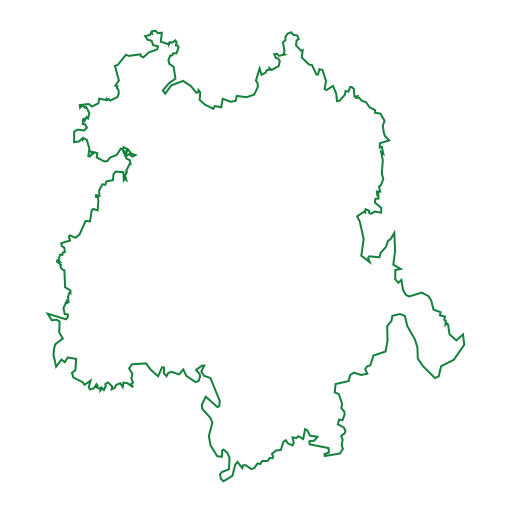 Jessore, Khulna, Bangladesh
{"feature_id": "16705992B28022870637862", "entity_name": "Jessore", "entity_type": "district", "adm_level": 2, "iso_a3": "BGD", "parent_name": "Bangladesh", "parent_adm1": "Khulna", "projection": "equal_earth", "projection_center": [89.196, 23.085], "detail": "fine", "context": "isolated", "style": "outline", "palette": "green", "viewbox_px": 512, "rotation_deg": 0, "n_neighbors": 0, "source": "geoboundaries", "source_scale": "gbopen_adm2", "svg_char_len": 5882}
<svg xmlns="http://www.w3.org/2000/svg" viewBox="0 0 512 512"><path d="M287.4,33.8L285.5,36.9L285.4,40.2L282.9,42.4L284.5,51.0L283.5,53.8L284.9,54.5L279.1,55.9L277.0,53.8L274.2,54.2L275.9,58.0L278.1,58.4L279.8,61.2L278.6,66.2L271.5,70.0L269.3,68.1L269.4,69.7L266.7,70.2L265.4,72.8L261.5,74.8L259.6,68.5L255.9,80.7L257.5,82.8L257.9,86.8L254.1,94.7L246.4,97.2L236.8,95.9L235.7,100.8L230.8,101.8L222.7,98.8L221.2,107.3L214.9,106.0L213.4,108.8L205.2,104.8L199.6,99.9L200.3,92.4L198.5,90.0L198.2,92.2L196.4,92.8L190.8,86.0L183.0,80.9L171.4,85.3L165.2,93.7L162.9,90.5L169.1,83.1L175.4,78.7L173.7,66.9L169.3,63.8L168.4,60.3L170.2,55.6L172.2,55.4L173.1,53.3L176.5,53.3L178.6,47.4L177.7,45.5L175.9,45.4L176.6,42.3L175.4,40.4L172.4,42.7L170.2,42.1L169.0,44.4L168.9,43.0L167.6,44.0L160.8,41.7L161.8,32.7L157.7,33.2L155.6,30.7L151.7,31.4L152.0,33.5L151.0,32.8L150.0,34.9L145.1,36.1L147.6,39.8L151.5,40.7L153.3,45.2L157.9,46.3L157.1,49.5L148.9,52.3L143.3,57.4L140.7,56.0L140.5,54.3L129.0,55.9L125.9,54.8L117.7,65.0L114.9,65.9L118.9,80.5L115.3,85.6L117.5,86.3L116.9,87.9L118.5,90.1L118.8,93.5L117.5,97.0L110.3,100.6L108.7,99.0L106.9,100.1L106.5,98.8L105.5,99.9L99.2,98.6L98.4,103.3L92.0,106.5L88.8,104.0L79.7,105.1L80.1,107.7L81.8,105.7L85.2,107.4L84.4,108.3L86.2,107.0L89.4,113.1L88.0,118.4L86.6,117.1L84.7,120.6L84.1,118.9L83.0,119.4L82.7,124.1L85.1,124.4L87.0,127.7L84.0,130.5L77.7,129.6L74.2,131.5L74.1,142.2L78.9,141.5L82.5,138.3L82.7,139.7L83.7,138.3L86.8,139.9L89.4,148.6L88.3,156.1L89.9,156.6L91.9,153.8L92.0,152.3L89.4,151.0L93.1,152.2L92.9,153.8L95.0,152.3L97.3,153.2L96.7,157.4L104.2,161.4L107.2,161.2L110.2,157.5L116.8,154.9L120.7,148.7L122.2,148.8L124.9,155.0L125.5,154.1L122.8,149.1L123.5,147.2L126.8,148.8L125.9,154.2L127.9,149.3L131.2,153.5L135.4,155.1L132.3,156.6L128.9,154.1L125.9,156.5L126.3,158.5L129.8,160.2L130.6,164.2L129.4,164.3L126.1,171.1L127.0,172.1L125.1,175.2L126.3,179.8L125.1,178.8L123.8,180.4L123.4,172.2L115.6,171.6L113.5,174.3L112.9,180.2L106.5,181.3L105.3,184.8L102.3,184.3L99.1,190.6L99.4,196.0L95.8,195.0L97.2,195.6L96.0,195.3L95.8,196.8L97.8,197.4L98.4,200.4L97.6,210.4L93.2,208.9L91.7,210.4L90.0,221.4L85.6,220.9L79.5,234.6L75.5,237.7L69.8,235.4L68.8,237.0L70.1,240.5L61.3,243.2L61.7,246.1L64.2,247.5L64.9,252.0L62.6,252.7L62.4,254.9L60.0,254.8L58.5,260.0L59.6,261.3L57.2,260.5L57.0,261.7L60.9,264.8L60.3,266.2L61.9,269.2L64.4,270.4L65.1,287.3L70.4,290.4L70.5,293.4L69.3,293.0L68.0,297.0L68.5,302.1L66.9,303.0L66.4,301.5L63.5,308.1L64.7,314.0L67.9,314.6L67.8,317.0L66.0,319.3L47.7,313.7L51.8,320.3L56.7,319.7L59.6,321.6L59.2,332.4L62.8,338.5L55.5,344.1L54.1,348.1L53.5,354.9L56.1,366.7L61.5,359.6L64.8,362.2L67.7,357.5L76.1,358.9L75.4,370.2L71.9,372.9L73.5,377.6L82.9,382.3L84.5,384.8L90.6,380.6L88.7,387.0L90.0,389.5L93.9,388.3L96.4,384.2L97.7,385.9L96.5,387.2L99.4,388.7L100.6,387.8L100.4,390.4L102.2,388.2L103.9,390.0L105.8,385.9L105.2,384.2L107.9,382.4L112.2,386.5L111.7,389.3L114.8,387.7L116.2,384.9L120.3,383.2L122.7,387.1L123.5,382.6L127.4,383.2L133.1,387.2L130.9,384.1L133.0,382.6L131.3,378.3L132.4,374.1L129.1,368.3L131.9,364.3L146.1,363.4L150.6,369.6L158.1,376.3L162.1,367.2L164.1,367.6L163.8,373.1L166.5,376.2L168.1,373.2L171.0,371.8L179.2,374.3L183.3,369.5L186.3,375.9L195.6,382.1L198.6,380.9L200.1,376.8L199.7,374.1L196.1,369.9L202.1,365.5L204.2,365.5L201.3,371.5L204.1,375.9L210.4,378.0L219.8,401.0L219.2,406.3L217.5,407.1L205.7,396.7L201.8,404.8L202.3,408.8L210.3,417.8L212.4,422.5L208.9,436.0L210.4,445.1L217.2,456.2L221.9,456.8L222.2,450.4L223.4,449.6L227.2,452.7L229.5,457.6L229.0,469.2L221.8,472.1L220.0,474.4L220.9,478.8L223.5,481.3L232.4,475.8L235.3,464.5L237.5,461.9L242.2,468.1L243.2,465.3L245.7,465.2L251.4,469.1L254.2,468.1L257.6,463.4L260.3,464.0L262.2,461.0L267.7,460.9L269.8,457.9L272.6,458.2L273.2,456.6L272.0,453.9L275.8,450.6L280.9,449.9L283.4,441.9L285.8,440.2L287.7,443.2L292.5,445.5L293.7,443.0L292.6,437.4L296.3,438.1L298.2,436.2L303.2,439.0L305.1,429.2L307.3,430.3L309.9,435.6L317.4,436.8L314.4,440.6L309.4,441.3L309.6,444.3L328.6,448.1L328.8,452.6L324.5,454.0L324.8,456.0L339.9,453.5L342.9,449.0L341.7,445.4L342.6,439.7L341.2,436.0L344.8,433.1L345.4,430.5L343.6,427.3L337.9,424.4L339.1,419.6L342.5,420.1L344.6,414.8L344.3,411.6L341.4,408.2L342.1,403.9L338.9,394.2L334.7,392.3L335.6,384.0L348.7,381.1L350.1,375.1L354.0,372.6L361.1,375.0L367.3,373.7L365.2,369.4L367.0,366.4L370.3,365.3L373.5,355.5L385.6,351.5L387.5,340.6L387.2,326.1L391.4,320.9L392.4,315.8L400.1,314.0L404.8,315.9L407.3,326.1L414.9,339.4L417.4,347.2L417.8,358.7L423.3,366.5L435.0,378.1L438.8,376.2L441.1,366.2L453.8,359.8L464.3,344.7L463.0,334.5L456.3,340.4L449.5,334.2L448.1,324.6L447.0,323.4L445.4,324.8L445.8,320.8L444.2,319.8L445.0,316.6L440.0,315.4L440.6,312.2L433.5,309.6L431.3,300.9L428.6,296.2L421.8,292.6L409.0,296.5L405.9,294.8L403.1,290.1L401.4,279.9L398.3,282.8L395.2,279.2L395.3,270.1L400.7,268.9L393.3,264.7L395.1,251.1L394.3,232.8L390.7,239.0L388.0,240.8L386.0,246.9L380.9,252.5L379.4,257.3L369.3,256.3L368.1,257.8L369.7,262.1L361.3,255.7L363.7,239.1L359.8,221.6L357.1,216.4L364.3,211.5L365.2,212.4L365.5,209.3L369.1,210.7L369.1,212.7L371.1,213.8L374.7,211.5L381.0,212.7L381.4,208.0L374.9,202.6L375.4,198.8L378.5,198.6L378.3,193.8L377.3,194.8L376.8,191.5L380.2,191.6L379.0,186.6L380.9,185.2L383.3,179.0L381.8,173.6L382.8,160.3L381.1,151.9L383.3,153.8L381.9,147.0L379.7,147.5L380.0,143.2L389.2,140.4L384.9,136.0L383.8,132.5L382.8,125.7L384.5,120.7L380.4,113.6L375.1,112.8L375.2,110.2L369.6,107.3L366.0,102.2L361.6,100.7L359.2,97.7L356.6,97.9L357.5,96.2L354.4,96.7L353.8,88.8L351.4,86.9L350.2,87.0L348.4,91.6L345.6,91.1L344.8,94.8L339.6,100.7L337.0,101.1L336.2,93.7L333.0,85.9L326.7,90.0L324.6,89.0L326.0,81.0L322.5,70.0L319.4,69.2L318.0,74.6L316.4,74.5L312.0,65.1L309.0,64.5L301.7,57.4L302.7,50.2L301.1,50.8L296.0,45.3L296.6,40.6L298.7,38.9L297.2,35.5L293.0,34.7L291.2,32.3L287.4,33.8Z" fill="none" stroke="#15803d" stroke-width="2"/></svg>